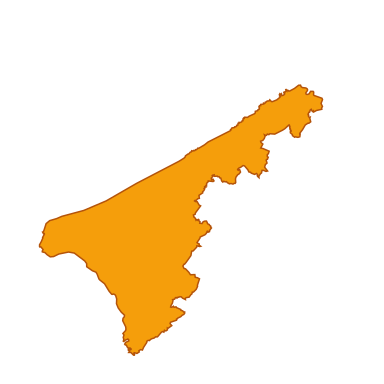 the district of Lázaro Cárdenas, Michoacán, Mexico, rotated 135°
{"feature_id": "50627088B38874433306118", "entity_name": "Lázaro Cárdenas", "entity_type": "district", "adm_level": 2, "iso_a3": "MEX", "parent_name": "Mexico", "parent_adm1": "Michoacán", "projection": "orthographic", "projection_center": [-102.462, 18.083], "detail": "fine", "context": "isolated", "style": "filled", "palette": "amber", "viewbox_px": 384, "rotation_deg": 135, "n_neighbors": 0, "source": "geoboundaries", "source_scale": "gbopen_adm2", "svg_char_len": 6040}
<svg xmlns="http://www.w3.org/2000/svg" viewBox="0 0 384 384"><g transform="rotate(135 192 192)"><path d="M340.9,140.8L341.2,139.0L343.5,137.8L344.3,136.2L346.1,135.0L345.9,134.5L344.3,134.5L341.3,133.4L341.3,132.1L342.1,131.4L345.2,132.6L347.2,132.0L347.3,131.0L346.7,130.2L347.5,127.8L347.3,126.9L346.0,125.2L346.1,123.9L346.9,123.8L347.2,125.2L348.1,126.0L348.9,125.1L348.6,124.2L348.8,123.6L350.2,123.3L348.7,121.7L348.7,118.0L348.2,117.4L347.7,117.5L347.1,119.1L346.5,119.3L345.1,116.8L342.4,116.2L341.8,117.3L339.8,116.9L338.8,115.3L336.0,116.4L330.4,117.6L329.5,118.4L327.9,118.1L327.1,117.0L325.7,117.1L324.2,116.7L322.0,115.5L320.0,115.3L319.2,114.2L318.5,114.0L312.7,114.5L311.5,114.1L311.0,112.8L309.3,113.7L309.1,112.7L308.3,112.1L306.9,111.9L305.6,113.2L305.5,112.6L300.8,111.8L300.6,114.5L299.3,115.1L293.6,112.3L292.7,113.1L292.1,112.7L291.1,112.9L288.2,111.8L286.0,111.8L284.4,111.2L282.8,111.5L282.0,112.4L282.8,113.0L282.6,114.5L283.5,116.2L283.0,116.8L284.7,121.2L284.5,122.1L286.2,123.1L285.9,124.4L287.3,124.6L288.3,125.2L288.5,125.8L287.0,126.6L284.4,127.3L282.2,128.7L281.8,129.6L280.0,128.5L278.4,129.0L277.6,128.3L277.7,127.6L276.1,127.5L275.9,127.0L274.5,126.5L274.0,125.6L273.8,126.1L273.7,123.4L272.7,120.6L272.0,121.5L270.8,121.4L268.4,119.7L265.4,120.2L264.2,120.0L262.6,121.0L261.7,120.2L257.8,120.2L254.7,121.4L254.2,122.2L248.1,125.3L248.8,127.6L250.0,129.4L248.4,131.6L251.6,134.6L251.0,137.5L250.9,142.2L251.7,143.6L250.8,146.1L248.7,146.6L248.3,146.2L246.0,146.4L237.7,147.8L234.1,150.4L232.8,149.5L227.7,149.7L226.6,150.5L225.1,148.0L224.2,147.5L224.5,149.1L223.6,150.5L224.2,151.5L224.2,152.7L219.2,153.7L218.0,154.4L213.1,152.6L211.3,152.6L208.9,153.5L208.5,152.9L209.0,152.2L207.7,151.6L206.3,152.5L203.7,152.8L203.7,153.8L202.9,154.5L203.1,156.0L202.8,156.8L203.4,158.3L202.3,161.2L203.4,162.3L205.1,163.1L207.2,162.6L208.6,164.5L207.3,165.4L207.5,166.6L206.7,167.7L206.9,168.2L208.0,168.0L208.2,169.2L209.1,169.2L208.3,171.0L208.1,172.5L208.4,173.0L207.2,174.8L205.6,174.0L204.3,174.8L195.7,176.1L196.2,177.8L195.2,181.4L196.3,182.8L196.5,183.9L195.8,183.9L194.9,183.1L192.8,183.2L191.3,182.3L189.4,184.7L185.0,183.8L184.3,184.7L182.7,184.6L180.9,185.2L180.9,185.9L180.3,185.7L179.8,186.3L178.8,185.8L178.9,186.7L177.5,186.1L177.5,186.7L176.6,186.7L176.0,187.5L174.6,187.9L173.2,187.8L172.7,188.3L169.7,184.5L168.6,184.3L168.1,186.1L169.4,186.7L169.4,187.1L168.7,187.5L168.6,188.2L165.8,188.3L166.0,189.3L165.4,189.3L164.2,188.5L164.9,188.0L165.0,187.2L162.9,185.3L163.0,184.6L162.0,183.7L162.4,182.3L161.8,181.5L163.2,178.8L163.2,177.2L161.9,177.1L161.4,175.7L160.3,175.0L160.4,173.3L159.9,172.3L159.9,171.4L158.4,170.4L157.4,168.6L156.0,168.3L155.4,167.6L154.4,167.8L152.0,170.5L150.5,171.4L147.5,171.9L145.8,171.5L143.6,171.8L142.5,174.1L143.0,174.8L143.9,174.7L144.0,175.5L143.6,175.8L141.4,175.7L140.4,175.1L137.2,174.6L136.4,173.3L136.8,168.2L137.6,165.9L136.6,164.5L136.8,163.5L135.3,160.2L133.2,159.4L133.5,157.7L134.1,157.6L134.6,156.7L134.5,154.8L133.5,155.9L130.6,156.5L129.4,156.3L127.2,157.8L126.1,156.7L125.1,154.2L123.7,153.4L123.1,158.2L120.8,159.5L118.5,159.4L117.1,162.0L116.3,162.3L115.5,161.8L113.5,162.7L113.8,163.7L112.5,165.1L110.9,165.1L108.6,166.3L111.1,172.6L112.3,174.5L108.0,175.8L108.2,178.3L107.6,179.4L105.5,178.4L103.1,178.7L101.0,179.7L100.3,181.2L99.8,179.7L99.1,179.4L97.8,179.7L97.1,178.2L95.8,178.2L92.5,174.4L84.3,171.7L81.6,171.1L76.2,170.9L75.8,170.5L76.2,169.8L76.5,170.0L76.7,168.7L77.2,168.6L77.8,167.8L77.7,167.4L78.3,167.2L78.4,165.6L78.8,165.0L79.4,165.5L80.6,164.3L80.4,161.8L81.1,160.8L80.7,158.2L79.9,157.9L78.5,155.8L76.7,154.8L74.8,156.3L75.1,156.5L74.4,157.3L69.8,157.9L64.5,159.3L61.2,158.6L60.8,158.0L58.4,157.7L56.6,160.8L55.7,161.3L56.4,161.5L56.0,163.3L56.5,163.4L55.1,163.8L55.0,164.9L53.0,165.7L52.4,165.3L50.3,166.4L49.2,166.2L49.9,164.0L49.7,163.1L48.9,163.3L49.3,162.5L46.3,161.6L41.7,158.7L40.9,159.8L39.3,160.2L38.1,163.4L34.4,165.0L33.8,166.4L37.5,174.1L37.3,174.8L35.3,176.6L35.2,177.5L37.0,179.3L39.7,178.6L41.1,179.1L42.0,180.1L42.0,180.9L41.2,181.7L38.7,182.1L37.9,182.7L37.6,183.6L37.9,185.0L40.1,187.8L40.4,189.3L39.7,190.8L41.1,192.1L46.4,192.8L51.4,194.3L52.3,195.2L52.0,196.2L52.3,195.9L52.6,196.6L52.8,196.2L53.1,196.4L52.9,197.1L53.2,196.8L53.0,198.0L53.3,198.1L53.8,197.2L54.9,196.7L56.2,197.6L56.9,197.3L56.3,196.7L57.4,195.7L59.0,195.8L60.3,196.6L59.6,197.9L60.4,197.6L60.7,197.9L60.2,198.7L60.3,199.4L61.5,199.0L61.8,198.0L62.2,197.9L62.1,197.0L62.9,196.8L66.9,197.2L71.2,199.0L71.9,199.8L71.8,202.2L73.1,201.9L74.5,203.2L75.9,203.2L76.6,203.7L77.2,203.2L78.1,203.5L78.5,204.2L79.1,203.5L81.5,205.3L82.4,204.5L83.1,205.3L84.2,205.1L84.4,204.3L85.1,204.1L85.1,203.6L85.8,203.0L87.4,203.5L88.1,203.1L90.2,204.3L91.2,203.3L92.3,203.1L98.0,205.2L100.0,205.5L101.8,207.6L103.1,207.0L103.4,207.2L103.3,207.8L104.3,207.6L105.5,206.4L106.1,206.9L107.0,206.5L108.2,206.7L109.6,208.0L110.2,207.4L110.9,208.0L112.3,206.9L113.3,207.6L113.8,207.1L115.0,207.2L115.7,207.9L116.4,207.6L118.5,209.1L119.6,208.7L120.6,208.9L120.8,208.3L121.8,208.3L145.3,216.0L149.8,216.5L156.4,218.2L156.8,218.9L157.9,218.7L159.1,218.9L159.6,219.5L160.0,219.2L161.0,219.4L161.4,220.2L162.5,220.3L163.0,221.4L164.4,220.9L165.2,221.4L167.4,221.2L168.0,221.7L171.1,222.2L172.1,221.6L173.7,221.6L179.4,222.9L225.1,237.3L259.0,246.4L281.6,255.5L301.2,266.8L306.5,268.9L312.9,272.4L317.5,272.8L323.9,269.5L325.5,269.0L326.0,269.3L326.5,267.6L325.8,267.1L326.1,266.6L329.8,265.5L329.9,265.0L333.6,263.5L337.1,262.5L338.4,261.2L338.5,260.7L337.7,260.2L338.0,256.6L339.7,256.1L340.2,255.5L338.8,253.1L338.8,250.2L338.1,246.4L335.5,244.2L330.0,242.3L321.7,236.8L318.4,232.0L316.6,219.1L317.1,215.9L319.3,213.6L318.1,206.7L316.6,203.2L317.2,200.9L319.3,196.3L319.4,194.8L318.7,189.0L320.8,180.4L321.1,176.7L320.9,176.1L319.5,175.2L319.1,173.8L319.3,172.6L320.9,169.6L324.4,166.4L326.2,162.1L327.0,156.9L326.8,152.7L328.2,151.6L330.0,151.5L332.0,150.0L334.2,143.6L335.7,141.7L336.9,141.0L340.9,140.8Z" fill="#f59e0b" stroke="#b45309" stroke-width="1.5"/></g></svg>